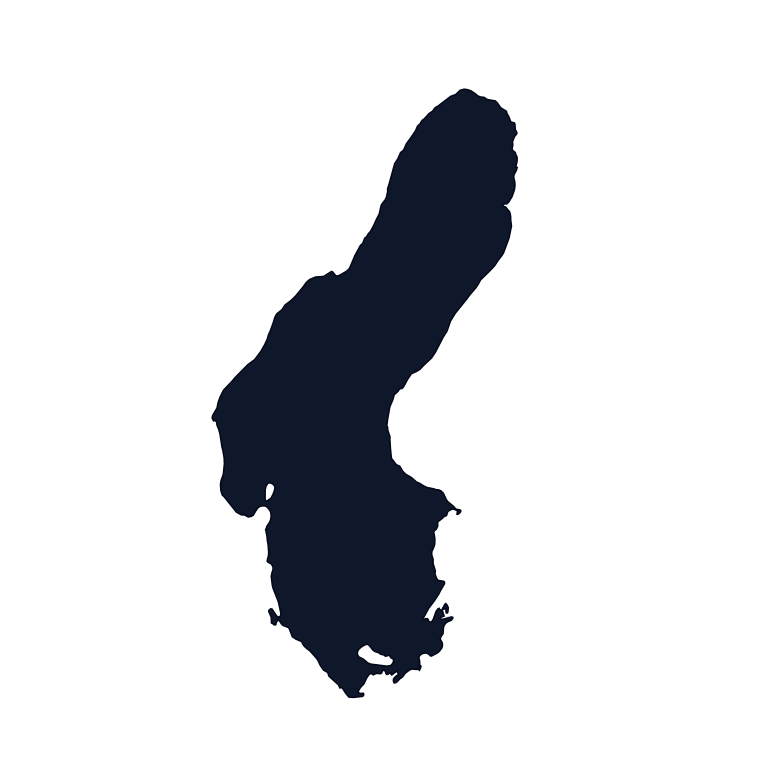 the district of Lago de Yojoa, Cortés, Honduras, rotated 201°
{"feature_id": "27666195B21921991690225", "entity_name": "Lago de Yojoa", "entity_type": "district", "adm_level": 2, "iso_a3": "HND", "parent_name": "Honduras", "parent_adm1": "Cortés", "projection": "equal_earth", "projection_center": [-88.001, 14.865], "detail": "fine", "context": "isolated", "style": "filled", "palette": "ink", "viewbox_px": 768, "rotation_deg": 201, "n_neighbors": 0, "source": "geoboundaries", "source_scale": "gbopen_adm2", "svg_char_len": 6152}
<svg xmlns="http://www.w3.org/2000/svg" viewBox="0 0 768 768"><g transform="rotate(201 384 384)"><path d="M442.6,644.3L443.2,642.8L443.6,639.8L445.1,636.9L445.3,631.9L446.7,625.6L449.2,616.2L449.5,609.5L451.5,605.9L451.8,599.2L453.0,593.6L450.8,571.4L450.7,567.7L449.6,565.0L448.7,559.5L448.9,556.4L450.3,551.8L450.7,549.9L449.4,541.1L450.1,534.6L450.5,527.9L451.3,521.7L452.4,518.9L453.1,515.2L454.3,513.2L454.3,507.6L455.6,505.2L455.9,503.4L457.2,493.4L457.6,481.1L458.0,478.5L459.6,475.6L464.0,470.1L465.9,468.3L467.7,467.7L472.0,470.2L473.3,470.3L478.9,462.8L486.2,459.4L491.0,454.8L493.0,450.8L494.3,445.8L498.1,434.3L500.8,428.5L504.7,422.4L505.8,417.0L509.3,411.0L509.8,407.0L509.4,402.3L509.2,393.0L509.5,388.9L509.1,383.5L509.5,378.1L510.6,370.5L513.5,360.4L518.0,353.4L525.4,336.5L526.5,333.1L531.6,320.8L532.4,312.8L532.2,307.1L531.3,301.8L532.6,294.0L532.5,291.5L531.8,290.1L530.0,288.6L529.5,288.5L529.1,289.3L528.3,289.5L526.6,288.4L525.1,285.6L522.2,282.6L519.3,278.7L512.6,266.9L510.9,264.7L506.8,257.8L504.4,252.2L501.9,243.0L501.6,240.7L501.5,235.5L500.8,231.9L498.1,226.0L495.2,222.4L492.6,221.3L475.9,211.5L470.3,210.7L467.3,211.7L463.0,211.2L460.4,212.9L459.1,214.5L458.0,220.8L457.3,223.2L456.0,225.2L454.0,226.6L451.3,227.5L449.5,227.4L446.3,225.8L443.8,223.7L442.0,220.2L441.2,216.5L441.3,213.8L442.4,209.0L442.3,207.8L441.6,206.5L441.8,206.1L442.3,206.2L442.4,205.8L438.7,199.9L436.9,196.2L434.3,191.8L431.1,184.9L430.2,181.4L430.0,178.2L429.6,176.8L428.8,176.1L424.8,175.6L422.2,173.6L421.1,171.0L420.9,167.0L420.3,163.9L416.2,156.2L414.5,153.7L404.4,142.6L398.0,132.8L397.6,131.1L397.8,129.8L398.3,129.0L399.3,128.6L400.5,128.7L401.8,129.4L407.9,133.8L409.1,133.6L410.1,132.2L410.4,131.2L410.2,130.5L405.7,125.8L403.4,120.5L401.9,120.4L400.4,119.7L399.0,120.2L398.7,120.9L399.1,122.3L398.9,124.0L398.4,125.2L397.8,125.6L396.3,125.2L393.9,123.3L391.9,122.4L385.8,122.4L384.8,121.6L379.0,115.2L374.6,114.2L368.6,114.0L366.7,112.1L364.4,110.6L361.0,109.2L357.8,108.4L349.0,103.9L346.8,102.4L342.7,98.5L337.9,95.2L333.2,94.5L330.7,91.5L318.5,86.7L316.3,84.4L315.1,85.3L313.5,84.9L308.9,81.5L304.6,79.1L300.1,80.5L292.2,84.6L291.5,85.6L291.6,86.9L292.4,87.9L295.0,86.7L296.4,86.5L297.5,87.2L297.9,88.5L297.2,92.3L295.3,96.8L294.8,103.6L293.9,107.0L293.2,108.5L291.6,109.2L289.8,108.6L287.4,111.1L283.3,112.3L282.7,113.0L282.6,116.0L281.9,116.6L279.9,116.4L278.4,114.4L277.4,113.8L276.0,114.7L275.8,115.8L275.1,116.4L272.5,115.1L269.1,120.7L266.5,118.1L268.8,114.2L269.4,111.9L268.8,110.0L267.4,108.6L266.9,108.6L265.1,110.5L263.7,114.2L261.7,117.1L260.4,121.8L257.6,126.3L255.4,128.1L251.4,129.1L250.2,130.0L248.3,129.4L248.1,132.1L248.3,133.7L248.8,134.1L249.2,132.3L249.8,132.7L250.5,136.0L251.6,138.4L253.5,141.2L253.3,143.0L252.8,144.4L251.7,145.9L248.6,148.0L245.3,147.8L243.3,146.8L242.2,147.0L237.7,152.1L236.6,154.1L235.4,158.3L235.5,160.0L236.0,161.7L236.9,163.3L240.3,166.2L240.2,169.1L239.4,172.0L241.4,178.7L241.0,181.7L240.6,182.9L239.3,184.9L236.4,187.6L235.8,190.2L236.3,190.9L237.8,190.6L244.4,185.7L246.4,184.9L247.6,185.2L247.7,185.7L247.4,186.5L244.7,188.9L248.0,193.0L248.4,194.0L248.4,194.8L247.1,195.4L246.7,196.1L246.1,196.4L245.5,196.0L244.7,193.9L243.8,192.6L243.0,192.7L242.6,193.8L243.8,198.2L245.8,200.2L247.7,201.2L248.3,200.0L249.1,193.3L251.1,193.4L252.0,194.4L252.9,193.7L253.3,192.7L253.9,190.3L253.7,181.9L254.0,180.3L254.6,178.9L255.5,178.2L256.4,178.2L257.5,178.9L258.5,180.1L259.5,180.5L260.8,180.0L263.0,178.1L264.0,178.3L263.9,179.2L263.3,180.2L263.1,181.5L261.9,190.5L259.3,199.6L257.5,207.8L257.3,211.0L256.0,218.6L256.0,219.8L256.6,220.8L257.6,221.2L262.8,220.1L263.8,220.3L265.6,221.8L268.0,224.6L268.7,225.8L268.8,227.2L269.3,228.2L273.9,234.1L275.3,237.9L278.1,241.5L278.7,242.8L279.3,244.9L279.0,249.8L279.2,252.7L281.2,258.1L284.6,263.8L284.3,265.1L283.2,267.1L282.9,269.9L283.1,271.3L284.3,273.7L284.3,274.7L281.3,279.6L280.4,282.0L279.1,282.8L278.5,283.7L278.7,287.7L278.5,288.2L275.7,291.5L273.6,292.2L270.1,291.9L269.7,291.1L269.3,288.6L268.8,288.5L267.8,289.5L266.8,291.3L266.7,292.4L267.0,293.4L267.6,293.7L272.1,293.0L275.2,294.7L282.2,297.0L284.4,298.4L289.6,303.4L292.4,304.6L294.8,304.8L297.2,304.1L300.5,303.9L306.9,302.8L311.1,303.2L314.7,304.0L318.7,304.2L324.8,306.5L331.5,307.6L335.1,309.2L339.8,312.9L342.7,313.0L344.1,313.4L350.1,317.1L350.8,318.0L355.1,326.6L358.8,334.8L359.5,336.9L363.1,341.2L364.4,343.1L365.1,345.0L366.4,346.0L368.1,353.0L370.4,364.8L370.1,372.1L370.6,377.6L368.3,382.2L367.7,385.2L366.2,385.8L365.1,387.1L364.6,389.1L363.6,397.0L362.1,403.4L358.2,407.3L355.7,410.6L353.7,415.5L348.9,425.4L347.4,432.1L345.5,449.3L344.1,455.9L344.5,466.4L342.7,475.9L337.3,492.6L336.1,497.2L332.7,506.8L331.8,510.6L331.1,515.9L325.8,527.4L323.1,534.1L321.7,540.5L320.0,546.1L319.4,549.2L319.6,565.2L321.6,577.2L324.5,582.6L325.8,585.8L327.5,588.7L329.0,590.2L330.5,590.8L333.5,592.7L336.6,592.8L337.1,593.8L336.5,594.8L335.5,595.6L334.0,596.1L332.8,598.4L331.6,604.8L331.8,611.8L332.8,616.2L334.2,619.4L337.0,623.4L337.6,626.1L337.0,630.8L337.2,633.9L338.6,633.5L339.7,640.1L340.8,643.0L341.7,644.3L342.8,644.8L343.4,646.0L344.5,647.2L348.2,648.5L348.9,650.6L349.2,652.7L349.9,654.5L350.5,655.1L350.9,657.2L350.8,661.6L349.7,665.3L350.3,666.7L351.0,667.4L352.0,667.8L352.9,669.2L354.9,673.6L355.9,674.5L359.5,674.1L363.0,678.0L366.4,680.9L367.4,682.5L373.9,683.7L379.2,687.2L381.5,688.2L389.5,686.6L393.2,687.5L397.2,686.5L400.3,686.7L402.2,687.6L407.9,688.9L411.7,688.7L414.8,688.0L418.2,685.5L420.8,680.0L424.8,676.5L433.1,663.0L435.2,660.4L435.6,659.6L436.4,656.2L438.9,652.6L441.6,645.7L442.6,644.3ZM306.4,135.1L304.5,134.8L298.8,131.5L296.6,131.0L292.3,131.2L290.4,130.5L286.7,131.0L285.1,130.3L281.8,132.7L280.4,131.5L279.1,130.8L276.7,130.5L275.8,128.8L275.7,126.5L276.8,123.6L280.3,121.6L295.8,117.8L299.0,117.8L304.5,119.7L309.9,120.3L312.2,122.4L312.8,125.0L312.4,127.6L310.7,130.6L308.3,133.6L306.4,135.1ZM455.1,250.9L452.4,250.8L450.2,250.0L448.7,248.3L448.1,245.1L448.1,241.2L448.6,236.5L449.6,235.5L451.2,232.9L452.4,232.5L453.8,234.2L457.0,242.6L457.5,246.5L456.8,249.7L455.1,250.9Z" fill="#0f172a" stroke="#020617" stroke-width="1.5"/></g></svg>